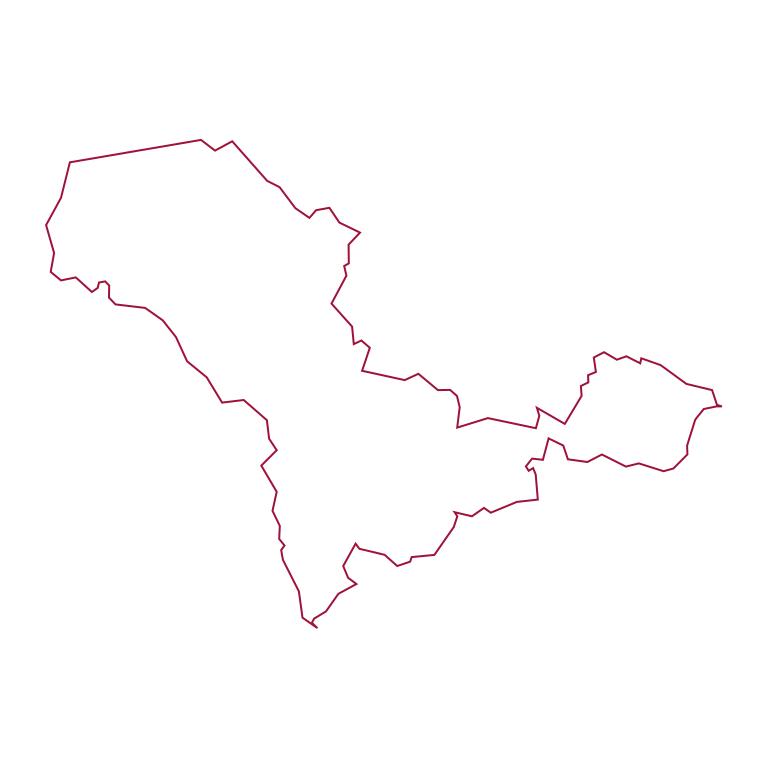 outline of Valandovo, Valandovo, North Macedonia
{"feature_id": "65306769B91068225618475", "entity_name": "Valandovo", "entity_type": "district", "adm_level": 2, "iso_a3": "MKD", "parent_name": "North Macedonia", "parent_adm1": "Valandovo", "projection": "mercator", "projection_center": [22.574, 41.338], "detail": "fine", "context": "isolated", "style": "outline", "palette": "rose", "viewbox_px": 768, "rotation_deg": 0, "n_neighbors": 0, "source": "geoboundaries", "source_scale": "gbopen_adm2", "svg_char_len": 1712}
<svg xmlns="http://www.w3.org/2000/svg" viewBox="0 0 768 768"><path d="M97.7,287.9L99.0,282.5L105.2,281.4L109.2,285.6L109.0,297.6L115.5,304.4L145.1,307.9L162.7,320.3L176.0,337.1L187.1,361.3L206.7,377.3L222.1,402.6L243.7,400.0L266.9,420.2L269.1,438.7L276.7,450.2L261.3,465.6L276.7,491.8L272.5,510.8L279.8,525.9L279.2,539.0L284.5,545.5L281.2,550.1L282.9,559.8L298.9,591.4L302.5,617.7L317.4,628.1L311.9,622.8L314.1,618.6L326.0,611.4L338.4,593.8L356.4,584.0L348.1,577.8L343.2,566.0L355.6,543.7L359.4,548.8L384.6,554.8L397.2,566.0L410.1,561.7L411.7,557.1L434.4,554.9L453.8,527.0L457.3,516.3L454.6,512.2L471.9,516.3L484.0,507.9L490.8,512.7L516.8,501.9L537.8,499.6L535.7,474.5L533.1,468.1L528.7,470.8L525.9,466.4L532.1,458.6L542.9,459.8L548.6,438.4L563.3,445.6L567.9,459.3L587.4,462.0L601.9,454.5L625.9,466.6L638.8,463.4L663.6,471.2L673.4,468.5L687.4,454.4L687.1,445.7L689.2,438.8L690.0,436.3L693.5,425.2L694.7,421.3L695.3,419.6L697.4,416.9L702.0,411.2L703.8,409.0L716.6,406.4L721.9,406.4L717.0,404.9L712.1,390.1L686.4,383.9L660.6,365.1L641.3,358.3L640.2,363.3L626.4,356.3L616.9,359.7L604.0,352.2L593.8,357.5L595.9,372.0L588.1,375.2L588.3,382.4L580.9,386.0L581.6,395.9L564.8,423.9L536.9,407.8L539.3,415.8L535.9,428.2L487.9,418.1L457.2,427.6L459.7,407.2L457.0,396.0L450.1,389.9L437.9,390.1L418.4,373.8L404.7,380.1L362.1,370.8L369.8,347.8L361.4,340.5L353.8,344.1L352.1,326.6L331.5,303.6L346.4,275.7L344.2,266.0L348.8,263.4L348.6,244.6L360.0,232.6L339.4,222.6L329.4,207.8L316.1,210.2L309.4,217.9L295.3,208.1L279.6,187.2L267.2,180.9L232.2,141.3L215.0,150.6L201.0,139.9L69.9,162.3L61.0,197.8L46.1,225.1L54.1,253.0L50.7,271.9L61.0,280.4L75.8,277.4L91.9,292.0L97.7,287.9Z" fill="none" stroke="#9f1239" stroke-width="2"/></svg>